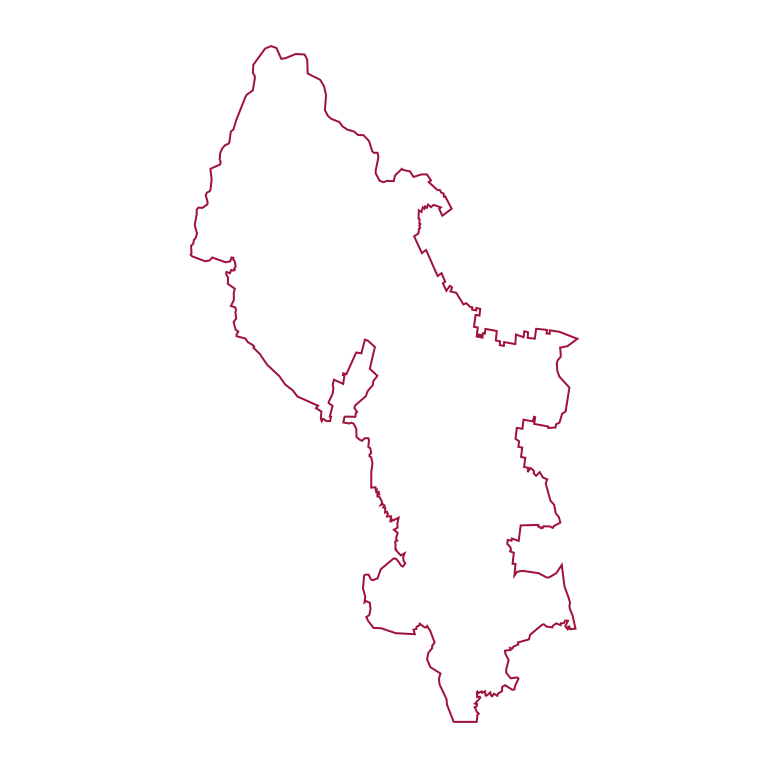 the district of Coyutla, Veracruz, Mexico
{"feature_id": "50627088B32683374106398", "entity_name": "Coyutla", "entity_type": "district", "adm_level": 2, "iso_a3": "MEX", "parent_name": "Mexico", "parent_adm1": "Veracruz", "projection": "equal_earth", "projection_center": [-97.666, 20.334], "detail": "fine", "context": "isolated", "style": "outline", "palette": "rose", "viewbox_px": 768, "rotation_deg": 0, "n_neighbors": 0, "source": "geoboundaries", "source_scale": "gbopen_adm2", "svg_char_len": 6108}
<svg xmlns="http://www.w3.org/2000/svg" viewBox="0 0 768 768"><path d="M225.2,145.1L222.2,148.4L220.2,153.2L219.7,159.6L220.6,161.7L220.3,164.4L210.4,168.8L211.6,179.3L210.6,189.3L209.7,191.2L206.8,192.7L205.7,195.5L207.6,201.9L207.4,204.4L202.3,207.9L198.3,207.6L196.7,209.7L196.7,214.4L194.7,224.9L197.0,233.6L195.9,237.4L193.9,240.0L193.3,243.6L191.1,245.8L191.5,253.5L190.6,254.8L192.1,256.3L205.0,261.2L209.5,260.5L212.2,257.5L225.7,262.3L230.3,261.3L231.4,257.5L233.4,257.8L233.1,259.3L234.6,261.1L235.7,266.5L234.2,268.6L234.8,269.8L233.2,270.7L231.3,269.9L230.0,273.2L226.5,272.0L226.1,274.1L228.0,277.6L227.8,283.8L234.8,288.7L233.7,293.3L233.9,299.8L230.9,306.0L235.2,307.3L236.0,309.6L235.4,312.2L236.2,318.4L233.6,322.0L235.6,329.6L238.3,331.6L236.5,334.6L236.5,336.2L245.4,338.5L247.8,342.1L253.0,345.2L254.3,346.7L253.4,347.8L259.8,353.9L267.0,364.6L279.2,376.0L285.2,384.5L292.8,390.4L297.4,396.5L318.1,405.8L316.0,408.2L321.4,411.5L320.8,418.5L321.7,421.1L323.1,418.8L326.5,421.0L330.1,421.1L331.0,416.7L329.8,416.5L332.6,405.9L328.7,403.1L328.7,402.0L332.5,394.0L333.4,388.7L332.7,384.3L334.0,379.7L343.2,383.9L344.5,375.0L342.9,375.0L343.4,373.2L346.4,374.2L356.2,352.5L361.4,353.3L364.9,339.7L367.8,340.6L374.9,347.0L369.8,368.8L377.4,375.8L373.4,381.0L372.7,385.2L367.8,390.9L365.8,396.2L355.1,405.5L354.3,408.0L357.1,411.9L355.9,413.0L355.3,416.8L345.2,416.6L344.3,417.4L343.4,422.5L349.1,423.5L351.7,422.7L353.8,423.9L356.3,428.8L356.5,437.0L359.7,439.7L362.0,440.8L364.8,438.2L368.3,438.2L369.0,439.9L368.3,447.0L370.3,448.2L371.2,453.2L369.6,454.4L369.4,456.1L371.2,457.4L372.5,463.3L371.3,471.8L371.2,487.6L375.5,487.3L375.9,490.6L376.7,489.9L376.5,492.1L378.7,491.8L379.2,494.3L377.4,494.1L377.4,496.5L379.4,496.8L381.4,500.5L382.2,502.8L380.8,505.0L382.8,504.2L384.6,505.5L383.3,507.4L385.2,507.8L385.1,512.6L387.0,511.8L387.9,513.7L386.9,516.5L391.1,516.3L390.3,521.3L391.4,521.3L391.7,519.4L393.1,520.4L398.6,517.7L397.3,523.9L397.6,527.6L393.9,529.8L397.7,532.8L396.0,538.5L397.3,540.6L395.4,541.3L395.1,542.4L395.7,544.1L395.3,547.9L396.1,549.5L395.6,549.9L400.8,555.4L404.6,553.3L403.2,556.8L403.5,560.5L405.2,563.4L402.9,566.5L401.4,565.9L397.0,559.7L395.1,558.4L393.3,558.7L380.8,569.2L377.5,578.4L372.7,580.2L370.9,579.3L368.6,574.7L365.3,574.6L364.1,575.6L363.0,588.6L365.3,596.9L364.5,602.3L365.9,601.1L369.8,602.7L370.5,608.8L369.4,614.9L366.3,617.1L368.2,621.0L373.6,627.9L381.0,628.2L395.8,633.2L414.8,634.2L413.5,629.7L416.3,629.0L416.6,626.8L419.4,625.3L419.8,623.7L424.4,627.3L426.2,627.4L427.1,626.0L430.2,630.8L434.6,642.4L432.2,645.8L432.1,648.3L428.5,652.6L427.0,659.2L430.4,667.2L440.5,673.5L438.9,678.7L439.5,684.3L446.5,699.1L447.0,704.7L453.7,721.9L476.7,721.9L477.4,714.8L478.7,713.6L477.1,712.2L474.7,707.1L476.4,706.6L477.2,704.2L475.0,703.6L480.3,697.7L479.8,696.7L477.1,697.0L476.9,692.1L477.5,691.5L478.7,692.9L481.6,691.4L482.2,692.9L485.0,691.3L485.6,695.6L487.1,695.4L490.2,692.4L491.2,695.8L492.1,696.3L494.0,693.7L497.2,695.8L498.2,693.5L502.0,691.2L502.2,686.9L505.1,685.2L512.5,689.9L514.5,689.3L514.9,686.3L518.5,678.6L517.0,677.4L510.7,678.3L506.3,672.9L506.1,669.9L508.6,660.1L505.3,653.5L505.0,650.7L510.6,649.9L510.1,647.9L512.5,648.5L513.4,646.6L518.3,644.5L517.9,642.5L528.9,639.4L530.2,634.7L542.0,624.8L543.8,624.3L546.6,626.6L552.2,627.4L553.3,625.4L556.2,623.4L560.6,625.1L560.9,623.3L563.8,623.2L565.3,620.5L568.0,620.8L565.3,626.3L567.7,629.3L568.7,628.3L568.3,626.7L569.3,626.5L570.3,629.3L575.5,628.6L572.6,615.6L569.9,609.0L569.4,605.8L570.1,603.2L568.9,598.6L564.4,586.1L561.8,564.9L556.3,573.2L549.1,577.4L546.7,577.5L538.6,573.2L522.5,570.8L517.2,571.8L514.4,575.6L515.5,563.9L512.6,563.8L513.8,552.7L510.1,551.4L511.0,549.7L510.4,547.2L507.2,543.9L507.7,539.9L511.5,540.7L511.8,538.5L518.7,540.9L520.7,525.4L538.3,524.9L538.1,526.5L540.5,527.1L540.8,528.2L543.1,527.6L543.4,526.3L549.8,526.4L552.7,527.9L554.1,525.9L560.3,522.7L559.0,517.3L555.7,513.2L554.2,504.8L550.5,500.8L545.7,483.4L547.2,479.3L542.9,477.5L539.7,472.1L536.1,475.8L533.7,473.3L533.8,470.7L530.6,468.0L527.7,472.1L528.2,467.8L524.1,467.0L525.3,457.8L521.1,457.0L522.2,447.6L518.4,446.9L519.1,441.3L515.5,438.8L516.8,427.9L522.4,428.8L523.5,419.7L532.9,421.4L534.0,416.8L535.2,417.2L534.2,423.9L548.2,426.5L548.1,427.8L549.7,427.9L555.5,427.5L556.0,424.4L559.5,422.6L562.1,413.8L565.6,411.5L569.4,387.6L559.4,376.6L557.3,371.0L556.8,363.1L557.8,360.2L560.5,357.1L560.8,355.0L560.1,347.6L567.4,346.2L577.4,338.8L559.4,331.8L549.8,330.3L549.6,333.8L546.5,333.4L546.9,329.9L536.2,328.8L534.8,338.7L527.7,337.9L528.0,332.2L524.3,331.3L523.6,337.2L516.0,334.6L515.3,344.1L504.2,342.1L503.8,345.9L499.8,345.1L500.0,341.3L495.8,340.5L496.8,331.0L485.4,328.9L484.8,333.6L482.9,333.2L482.4,337.7L480.7,337.3L480.8,334.9L479.0,334.6L478.8,336.8L476.7,336.5L477.7,327.5L474.0,326.8L475.6,314.9L479.5,315.6L480.2,308.8L476.4,308.0L476.2,310.4L472.1,309.6L472.4,307.3L470.0,306.8L466.3,303.2L463.4,304.4L456.2,292.8L450.5,291.4L452.1,287.6L451.0,286.4L449.8,285.9L446.4,290.8L442.9,283.3L445.2,281.6L441.5,273.2L437.6,276.0L426.1,250.0L421.9,253.1L414.1,236.3L418.4,233.5L419.0,228.8L420.1,228.0L419.3,225.6L420.4,224.1L419.3,223.5L419.6,219.3L418.5,218.6L418.8,210.3L421.4,212.0L422.9,207.3L424.5,208.7L425.2,206.4L426.8,207.8L428.0,204.6L431.0,207.1L433.7,204.9L440.9,207.4L439.2,208.9L442.3,215.7L451.7,208.8L445.2,196.4L443.9,196.7L443.6,193.6L441.0,192.4L440.1,190.2L437.2,189.8L428.7,182.1L431.0,180.4L426.9,174.4L421.6,174.4L413.5,176.9L410.0,171.4L403.0,169.9L401.9,168.8L395.0,175.5L393.7,181.2L386.8,180.9L383.8,182.2L379.6,180.8L375.8,173.5L375.6,170.8L378.4,157.4L377.6,152.8L373.8,152.8L372.3,151.4L369.0,141.0L363.5,135.2L358.1,135.0L354.0,131.5L347.3,129.6L342.7,126.5L339.2,122.0L331.2,118.8L327.8,115.8L324.9,110.1L326.1,95.2L324.1,86.4L320.2,79.8L307.7,73.5L307.2,59.5L304.6,54.5L295.7,54.0L284.9,58.4L281.2,58.8L276.5,48.0L271.0,46.1L265.1,48.6L253.3,64.8L252.9,72.8L254.8,76.2L254.8,78.8L252.8,90.4L246.7,94.7L245.2,97.5L236.2,120.2L233.5,129.3L230.8,131.7L229.4,142.2L228.4,143.8L225.2,145.1Z" fill="none" stroke="#9f1239" stroke-width="2"/></svg>